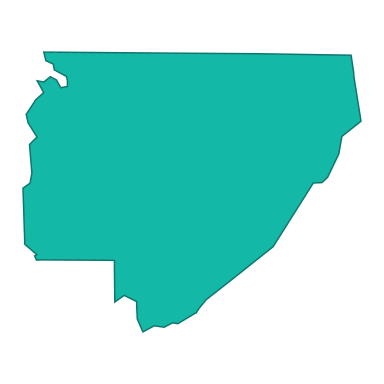 Jackson, Alabama, United States of America (orthographic projection)
{"feature_id": "52423323B51119346032730", "entity_name": "Jackson", "entity_type": "district", "adm_level": 2, "iso_a3": "USA", "parent_name": "United States of America", "parent_adm1": "Alabama", "projection": "orthographic", "projection_center": [-86.071, 34.728], "detail": "fine", "context": "isolated", "style": "filled", "palette": "teal", "viewbox_px": 384, "rotation_deg": 0, "n_neighbors": 0, "source": "geoboundaries", "source_scale": "gbopen_adm2", "svg_char_len": 885}
<svg xmlns="http://www.w3.org/2000/svg" viewBox="0 0 384 384"><path d="M154.2,325.8L164.2,327.2L172.6,322.8L177.8,323.7L194.2,313.8L195.1,313.2L195.9,313.2L196.4,312.7L196.9,311.9L197.1,311.2L198.3,309.8L198.3,309.3L206.3,299.6L231.4,279.9L273.1,246.7L313.3,183.0L321.9,182.6L327.6,177.3L338.8,153.9L341.9,136.4L361.0,121.2L355.6,87.3L355.5,87.2L353.9,76.3L353.7,72.6L351.1,55.2L255.7,53.7L253.8,53.7L238.5,53.6L152.4,53.0L43.8,52.1L45.9,60.7L53.3,64.1L54.3,69.9L66.4,76.4L67.4,80.5L67.4,86.5L60.7,87.7L56.6,80.1L50.4,76.7L43.7,82.0L37.2,80.8L43.7,92.6L35.8,99.7L26.2,114.4L28.1,122.9L37.0,137.0L29.5,144.5L31.9,173.2L30.0,183.2L23.0,188.1L24.8,244.3L36.9,254.7L34.6,255.9L36.5,260.1L40.3,259.9L41.2,259.9L99.4,260.2L114.5,260.4L114.4,266.1L114.8,302.0L124.1,295.4L136.6,301.5L136.7,306.4L137.3,319.0L142.9,331.9L154.2,325.8Z" fill="#14b8a6" stroke="#0f766e" stroke-width="1.5"/></svg>